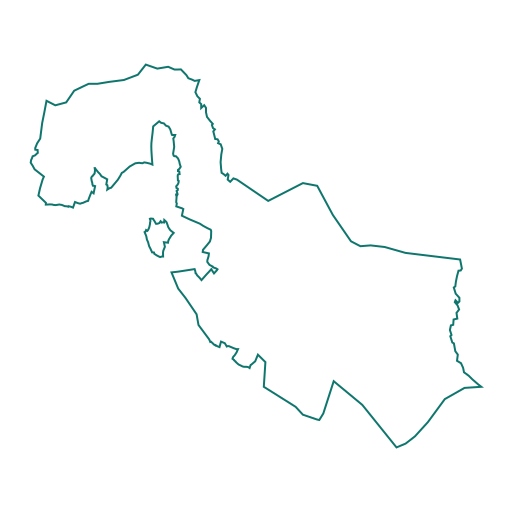 Ilorin South, Kwara, Nigeria
{"feature_id": "59680162B63804955714699", "entity_name": "Ilorin South", "entity_type": "district", "adm_level": 2, "iso_a3": "NGA", "parent_name": "Nigeria", "parent_adm1": "Kwara", "projection": "equal_earth", "projection_center": [4.582, 8.481], "detail": "fine", "context": "isolated", "style": "outline", "palette": "teal", "viewbox_px": 512, "rotation_deg": 0, "n_neighbors": 0, "source": "geoboundaries", "source_scale": "gbopen_adm2", "svg_char_len": 5245}
<svg xmlns="http://www.w3.org/2000/svg" viewBox="0 0 512 512"><path d="M171.5,272.4L178.2,288.6L185.6,298.1L196.6,314.3L198.5,325.0L209.2,339.4L210.3,342.0L211.0,341.7L213.5,344.0L213.6,344.3L215.5,345.5L215.7,345.2L216.8,346.0L219.5,347.1L221.0,341.6L224.8,343.2L226.8,346.5L227.5,346.1L228.8,346.1L233.7,348.2L236.3,349.1L238.0,349.1L236.5,352.5L234.6,355.4L233.4,356.6L232.8,357.7L232.5,358.8L234.1,360.0L234.1,360.3L234.4,360.6L235.6,361.5L235.6,361.8L237.1,363.2L238.6,364.5L241.3,365.8L242.4,366.4L244.0,366.8L246.2,366.8L247.9,367.0L249.2,367.7L249.6,368.0L250.3,365.8L250.7,364.9L251.2,364.7L255.2,361.3L257.9,354.7L265.4,362.1L263.8,386.8L295.6,406.8L302.9,414.7L317.0,419.5L319.3,420.0L323.3,413.5L333.7,381.2L362.3,404.9L396.5,447.4L405.6,443.6L414.9,436.4L427.9,422.1L444.8,399.1L464.5,387.9L481.3,386.8L478.2,384.4L472.2,379.2L468.8,375.8L464.0,372.3L463.1,367.8L461.0,363.2L457.0,360.8L457.8,354.6L455.3,351.2L453.9,343.4L452.3,342.5L450.3,336.2L451.5,335.0L449.9,330.0L450.9,325.4L453.2,324.8L453.6,319.5L457.3,318.6L456.5,312.9L459.1,309.5L457.5,305.3L454.8,302.1L455.5,300.3L458.0,302.8L459.4,301.5L459.4,297.8L455.7,293.7L453.8,287.5L455.3,286.4L455.9,281.7L457.0,276.2L458.5,270.7L460.7,270.5L461.9,268.6L460.1,259.5L405.5,252.9L384.7,247.0L370.6,245.4L360.4,246.2L351.0,241.3L332.8,214.9L317.2,185.8L302.9,183.1L268.2,200.9L236.9,179.6L233.4,178.4L230.2,181.8L227.7,179.6L228.5,175.0L227.5,173.7L225.6,175.8L223.6,174.1L221.6,172.8L221.1,168.5L220.6,162.1L221.3,154.4L222.3,148.9L220.7,144.3L218.1,143.2L218.8,141.4L217.6,139.3L215.2,139.0L214.3,135.3L213.3,131.4L214.9,129.4L213.0,128.1L211.9,125.0L212.8,123.9L210.1,120.9L207.0,116.9L206.0,112.3L206.0,107.9L204.2,105.2L201.2,108.0L201.2,104.1L199.3,102.4L199.9,98.8L197.4,96.3L195.4,92.2L196.8,87.4L199.3,80.1L194.7,80.9L192.0,79.6L188.3,78.2L186.4,75.1L180.9,69.4L178.4,69.5L176.2,69.5L174.4,69.5L168.2,66.8L157.3,68.6L145.8,64.6L137.9,74.7L123.9,80.0L109.1,81.9L97.4,83.8L88.7,83.8L82.3,86.8L74.2,90.7L66.2,102.4L55.3,105.3L46.5,100.8L44.2,113.0L42.2,122.9L40.2,138.6L37.1,143.4L35.2,148.1L35.3,149.7L37.6,150.0L37.8,152.9L36.9,153.6L35.0,155.4L32.6,156.3L32.1,157.9L31.1,160.1L30.7,162.7L32.6,165.6L34.6,169.3L43.9,176.6L42.6,179.6L40.0,188.4L38.4,195.6L45.9,202.8L45.8,204.6L49.9,204.4L52.2,204.5L53.5,204.9L55.6,205.1L59.4,204.5L60.3,204.7L61.7,204.9L63.5,205.6L64.8,206.2L65.4,206.2L66.7,206.3L68.3,206.7L68.5,206.2L70.8,206.7L73.0,207.6L75.0,202.0L77.8,203.1L80.1,203.7L81.8,203.1L83.1,202.8L84.6,202.1L86.4,201.3L87.3,201.1L88.1,200.9L88.6,199.3L89.7,196.4L90.7,193.9L91.6,191.8L93.6,193.3L95.1,186.1L94.2,185.8L93.0,185.8L92.4,184.4L92.3,183.0L91.7,181.0L91.2,178.0L91.6,177.0L91.9,176.5L92.5,176.1L93.1,175.4L93.6,174.5L94.0,174.4L94.6,173.5L94.8,172.0L95.0,170.4L94.7,168.1L95.1,168.1L95.7,169.2L97.1,170.9L98.4,172.5L99.1,173.1L100.0,174.1L101.6,176.4L102.2,176.6L107.2,179.3L106.3,184.5L107.3,185.1L107.7,187.5L107.3,189.6L109.5,188.2L111.2,187.7L117.8,179.8L120.3,175.8L121.8,172.9L123.5,172.0L129.7,166.5L135.3,163.3L139.1,162.8L140.9,163.1L142.6,163.2L144.2,162.4L146.7,162.8L148.3,163.2L150.3,163.7L152.4,164.6L151.9,158.3L151.6,153.7L151.4,150.2L151.3,146.5L151.4,143.1L151.8,139.2L152.6,132.5L153.2,126.4L159.2,121.3L161.1,122.8L163.9,123.4L166.0,125.7L168.6,126.6L170.3,129.4L171.6,134.0L172.1,135.0L175.2,135.0L174.6,136.8L173.3,138.5L173.7,141.5L173.9,143.7L174.2,146.9L173.1,153.7L173.6,155.6L174.3,156.2L175.9,156.2L178.0,158.4L179.2,161.2L179.8,164.1L180.7,166.8L179.4,168.8L178.0,169.9L178.0,171.2L179.3,171.5L179.6,174.1L178.3,174.3L177.8,175.0L177.7,176.1L177.8,178.1L177.9,180.4L178.7,180.9L178.6,182.2L178.2,183.6L177.5,184.8L176.2,186.3L176.5,188.0L177.8,188.7L177.8,190.0L176.6,191.0L177.3,193.1L177.6,194.3L177.3,194.9L176.6,194.2L176.1,194.4L176.2,195.4L176.6,196.5L176.2,202.2L176.8,203.5L176.3,206.4L182.0,208.3L183.3,209.0L181.9,215.7L184.8,217.1L189.7,219.4L199.9,223.7L203.1,225.8L207.5,228.2L210.7,229.7L211.2,231.1L211.0,237.8L209.9,241.5L207.0,245.1L203.0,249.8L202.7,252.0L208.9,253.4L208.6,256.1L207.9,258.5L207.4,260.0L207.3,261.9L209.5,264.9L212.8,266.6L213.0,267.3L216.3,268.5L217.5,269.3L216.7,270.5L216.2,271.0L214.0,273.4L212.6,271.3L211.3,269.2L208.9,271.9L206.7,274.2L201.5,280.1L199.5,277.7L197.2,275.4L196.1,273.5L195.6,273.3L195.2,270.8L194.6,269.1L177.8,271.7L171.5,272.4ZM146.1,230.0L145.7,230.9L145.6,231.5L144.6,232.1L146.0,235.5L146.3,236.3L146.9,239.5L148.1,242.2L148.6,244.2L149.2,246.3L150.0,247.8L150.2,248.2L150.5,248.8L151.1,250.2L151.6,251.2L152.0,252.2L152.1,252.4L152.5,252.4L153.2,252.4L154.0,252.5L154.3,253.8L156.9,255.5L160.1,257.1L161.9,256.5L163.1,256.5L163.0,252.6L163.3,250.7L164.9,246.8L163.9,242.2L168.0,242.7L168.3,240.8L169.0,239.2L170.2,237.3L171.2,235.6L173.7,232.9L170.4,230.3L169.1,228.5L168.2,227.0L167.8,225.7L166.6,222.3L165.6,221.2L164.3,220.0L164.1,222.5L163.3,222.4L162.2,222.4L161.8,222.4L161.6,222.5L160.9,221.5L160.6,221.2L160.1,221.9L159.5,223.0L157.9,223.6L156.9,223.8L156.0,223.8L155.0,222.0L154.2,220.6L153.7,220.0L153.4,219.5L153.1,218.8L151.7,218.6L151.1,218.6L150.4,218.6L149.9,218.8L150.3,220.2L150.4,220.7L150.4,221.4L150.1,222.3L150.0,223.9L149.4,226.7L149.0,228.0L148.5,229.1L147.8,230.4L147.3,230.9L146.1,230.0Z" fill="none" stroke="#0f766e" stroke-width="2"/></svg>